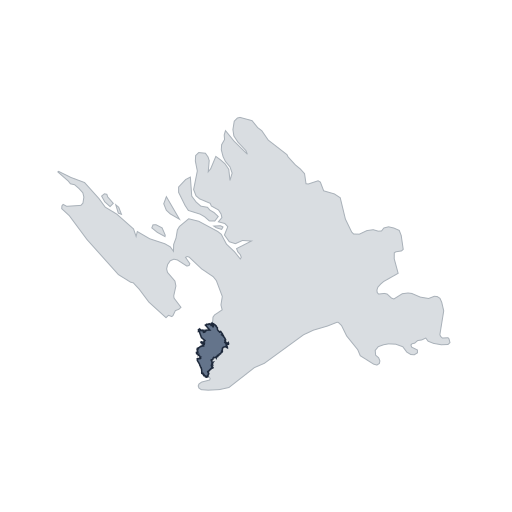 Maulvibazar, Sylhet, Bangladesh (highlighted), rotated 145°
{"feature_id": "16705992B62450131352427", "entity_name": "Maulvibazar", "entity_type": "district", "adm_level": 2, "iso_a3": "BGD", "parent_name": "Bangladesh", "parent_adm1": "Sylhet", "projection": "albers", "projection_center": [91.87, 24.487], "detail": "fine", "context": "in_parent", "style": "filled", "palette": "slate", "viewbox_px": 512, "rotation_deg": 145, "n_neighbors": 0, "source": "geoboundaries", "source_scale": "gbopen_adm2", "svg_char_len": 9249}
<svg xmlns="http://www.w3.org/2000/svg" viewBox="0 0 512 512"><g transform="rotate(145 256 256)"><path d="M179.4,355.3L179.5,343.9L172.5,321.3L172.9,318.9L171.5,308.0L169.8,302.0L169.0,295.6L173.6,286.5L171.9,285.0L162.0,282.0L160.9,279.6L163.2,270.6L156.2,261.9L153.6,255.4L161.6,235.0L163.9,220.7L163.4,218.0L158.8,214.6L150.6,213.2L144.9,210.3L141.6,206.2L138.8,204.5L135.2,205.6L130.7,203.9L127.0,199.8L124.0,194.8L125.3,189.5L131.6,177.0L133.9,176.7L139.0,179.2L140.9,179.3L144.4,174.4L149.5,160.3L166.0,161.9L170.0,161.5L174.2,160.5L176.5,158.7L177.7,156.5L177.4,154.5L172.3,151.7L170.4,149.6L169.2,143.9L167.7,141.7L157.8,141.2L152.7,138.5L149.9,136.0L145.0,128.1L139.0,122.2L133.0,120.7L130.8,118.8L129.6,115.8L130.4,111.6L133.7,103.4L150.5,86.1L150.9,84.2L150.4,81.9L145.6,78.9L145.4,77.5L146.8,73.8L149.5,73.4L155.1,77.0L160.7,82.6L163.9,87.5L164.0,91.4L168.4,92.2L172.1,94.0L176.0,93.6L178.4,94.6L180.1,94.3L180.8,92.1L177.7,86.4L179.3,84.1L183.0,84.3L185.7,86.5L187.6,90.8L187.8,97.5L192.1,103.6L197.8,108.0L202.3,110.1L207.8,111.6L212.5,110.3L214.9,106.1L213.9,102.3L214.7,99.0L216.6,97.2L219.5,97.3L221.7,100.0L227.8,114.5L226.4,120.9L227.6,138.5L225.8,150.0L226.7,154.5L227.8,155.3L237.5,157.6L251.4,162.3L262.1,164.2L310.7,163.3L321.3,165.5L353.6,163.8L362.5,167.5L372.1,173.5L377.5,177.9L378.5,180.5L377.9,182.7L376.1,183.9L372.8,183.9L365.1,181.0L363.8,181.9L363.8,188.8L357.6,206.2L356.7,211.6L354.5,213.8L348.1,214.9L343.8,225.0L342.1,226.3L337.8,224.0L335.2,224.4L331.9,225.3L328.6,227.7L326.3,230.6L323.7,231.5L314.6,231.3L312.8,236.0L306.8,242.2L302.6,258.5L302.9,263.5L307.9,276.5L311.4,293.4L312.7,295.1L314.5,295.3L314.6,287.6L316.3,286.6L318.4,287.4L322.7,297.9L325.1,300.5L329.0,301.3L333.3,299.7L336.6,296.7L337.9,293.4L336.8,282.0L338.8,277.4L346.3,270.5L347.3,268.4L346.9,257.0L349.7,256.6L353.4,257.5L358.2,254.8L359.7,254.7L361.7,257.6L365.1,257.1L370.2,279.7L370.7,295.6L371.9,304.4L373.7,306.4L379.4,319.7L385.0,366.4L385.8,396.1L388.0,406.2L386.2,408.4L384.4,408.9L382.6,405.3L370.4,397.9L367.4,398.6L363.2,403.0L361.6,407.1L362.3,412.8L363.7,418.4L366.6,421.6L366.8,425.1L370.1,438.5L369.2,438.6L362.5,426.4L354.3,414.5L351.7,393.1L351.5,382.5L346.0,370.1L340.8,348.4L343.0,340.8L339.2,344.1L333.2,331.1L323.7,318.4L321.0,312.7L320.9,307.2L316.8,312.7L311.2,316.6L305.5,322.4L301.8,324.1L289.8,325.1L283.0,317.3L273.3,298.1L272.0,293.8L273.4,282.6L271.2,271.9L270.6,262.6L268.8,263.4L268.1,266.0L268.5,269.9L267.7,273.2L251.2,270.9L258.2,276.5L265.8,277.9L269.7,283.0L269.8,291.3L262.3,296.2L262.9,300.5L267.2,305.6L261.9,307.0L260.5,310.4L260.3,315.2L263.9,322.6L263.3,325.4L269.4,335.1L270.6,339.7L269.0,346.2L255.3,359.3L251.2,368.6L247.8,372.9L243.6,373.6L238.5,369.2L238.5,364.6L239.6,361.0L246.8,352.4L243.0,353.5L231.8,360.6L229.8,354.7L228.5,349.2L228.6,342.6L234.0,332.8L228.0,337.6L226.2,343.8L226.8,351.1L226.0,356.2L223.5,362.9L220.3,366.9L215.0,369.4L212.6,373.4L209.1,376.2L208.1,362.7L204.7,344.3L203.8,348.2L205.5,359.6L205.3,367.0L202.4,372.8L196.5,378.9L192.1,379.7L189.6,378.7L181.6,369.1L181.0,360.2L179.4,355.3ZM279.8,356.9L269.7,359.0L264.5,358.3L274.3,341.9L274.1,334.6L272.6,328.5L267.8,323.7L267.5,320.2L265.4,315.5L264.3,310.0L269.7,308.3L274.1,311.5L275.6,317.7L277.8,322.4L285.3,332.1L285.1,338.1L282.9,352.5L279.8,356.9ZM301.6,351.7L295.4,356.0L297.6,330.0L302.1,339.7L303.2,344.9L301.6,351.7ZM325.2,338.8L322.5,340.6L320.0,339.0L316.8,332.9L318.4,325.2L319.4,324.1L323.3,332.0L325.2,338.8ZM348.1,393.6L344.5,393.9L342.8,392.1L343.6,389.5L342.7,381.0L347.2,380.2L348.8,387.2L348.1,393.6ZM344.2,370.1L341.5,378.4L340.5,374.7L342.3,367.3L344.2,370.1ZM272.4,302.0L273.4,304.7L267.8,301.2L266.4,298.7L268.9,297.5L272.4,302.0Z" fill="#d9dde1" stroke="#a8b0b8" stroke-width="1"/><path d="M330.6,226.3L330.6,226.0L331.2,226.2L331.4,225.4L331.3,225.1L331.0,225.0L331.1,224.5L331.0,224.1L330.7,223.7L330.8,223.6L330.7,223.5L330.8,223.4L330.9,223.5L331.0,223.5L331.3,222.9L331.6,222.9L331.7,222.6L331.9,222.7L331.8,224.0L332.2,224.6L332.4,224.7L332.3,224.8L332.4,225.1L332.5,225.1L332.6,225.4L332.5,225.5L332.6,226.2L332.7,226.3L332.8,226.8L333.1,226.9L333.0,227.1L333.4,227.2L333.5,227.0L333.9,227.0L334.0,227.6L334.9,227.7L335.3,228.3L335.8,228.1L336.0,228.4L336.3,228.3L337.1,228.4L336.3,221.8L338.9,223.5L339.8,223.4L339.8,223.5L340.0,223.6L340.1,224.0L340.4,224.1L340.6,224.1L340.9,223.8L341.1,223.9L341.2,223.6L341.6,223.5L341.5,223.1L341.9,223.1L342.1,223.2L341.9,223.3L342.2,223.4L342.0,223.6L342.3,223.7L342.6,223.9L342.5,224.0L342.3,223.9L342.4,224.2L342.2,224.2L342.2,224.5L341.8,224.6L342.1,225.1L342.0,225.3L342.2,225.7L342.3,225.8L342.5,225.7L342.8,225.9L343.2,226.0L343.4,226.1L343.7,226.3L343.6,226.5L343.8,226.6L343.6,226.7L343.6,227.0L343.8,227.1L343.8,227.4L343.7,227.5L343.9,227.7L343.9,228.1L344.3,228.3L344.3,228.6L344.5,228.5L344.9,228.5L345.3,228.7L345.5,228.6L345.5,228.2L345.8,227.9L345.7,227.8L345.9,227.7L346.0,227.6L345.9,227.6L345.9,227.1L346.0,226.8L345.8,226.7L347.5,220.4L346.3,216.1L346.6,216.1L347.0,215.8L347.3,215.7L347.5,215.8L347.6,215.4L347.8,215.4L347.8,215.2L348.0,215.2L348.4,214.9L348.8,215.3L349.1,215.3L348.9,215.5L349.2,215.7L349.3,216.3L349.6,216.7L349.8,216.6L349.9,216.9L350.0,217.0L350.3,216.9L350.6,217.0L350.7,216.0L349.6,214.8L349.7,214.6L349.8,214.7L350.0,214.6L349.6,214.2L349.6,213.9L349.4,214.0L349.1,213.7L349.3,213.6L349.3,213.4L349.0,213.4L349.3,213.1L349.8,213.3L350.0,213.6L350.2,213.2L350.4,212.9L350.6,212.9L350.7,212.5L351.1,212.9L351.1,213.2L351.3,213.3L352.0,213.0L352.3,213.2L352.4,213.4L352.9,213.4L353.1,213.6L353.3,213.6L353.6,213.6L355.7,213.7L356.0,213.9L356.4,213.8L356.4,213.6L356.6,213.7L356.6,213.4L356.7,213.2L357.2,213.4L357.3,213.3L357.6,213.4L357.6,213.2L357.8,213.3L357.9,213.1L357.7,212.8L357.9,212.4L358.1,212.3L358.1,212.0L358.4,211.7L358.6,211.7L358.5,211.2L358.7,210.9L358.7,210.6L359.1,210.7L359.3,210.8L359.6,210.5L360.2,211.0L360.5,210.4L360.3,210.4L360.4,210.0L360.2,209.6L360.3,209.6L360.3,209.3L360.1,209.1L360.1,208.8L360.1,208.4L359.9,208.4L360.0,208.2L359.9,208.0L359.7,208.0L359.9,207.8L359.7,207.8L359.7,207.6L359.8,207.5L359.6,207.0L359.6,206.7L359.5,206.4L359.5,206.2L359.5,205.9L359.6,205.7L359.9,205.4L359.6,205.1L359.8,205.1L359.9,204.9L359.7,204.7L359.9,204.5L359.7,204.4L359.9,204.4L360.0,204.0L360.3,204.0L360.3,203.9L360.5,203.9L360.9,204.2L360.9,204.4L361.4,204.4L361.6,204.7L361.9,204.7L362.1,205.1L362.3,205.1L362.4,205.4L363.0,205.6L364.0,204.0L364.3,199.7L364.7,198.9L364.7,198.0L365.1,197.0L365.1,196.5L364.9,196.1L365.4,195.4L365.5,195.0L365.4,194.8L365.4,194.7L365.6,194.5L365.7,194.1L366.1,193.6L366.6,192.6L367.2,191.9L367.7,191.0L366.9,190.6L366.7,190.4L367.3,189.4L366.8,189.1L367.0,188.8L366.9,188.6L367.1,188.6L367.3,188.0L367.3,187.7L366.9,187.6L366.7,187.2L366.4,187.0L366.6,186.4L366.4,186.1L366.6,186.0L366.4,185.7L366.4,185.3L366.2,185.1L365.2,185.0L365.2,184.9L365.0,184.7L364.8,185.0L364.4,185.1L364.7,185.5L364.7,185.8L364.1,185.8L363.0,186.2L362.9,186.7L362.5,186.9L362.4,186.6L362.2,186.6L361.9,187.1L361.9,187.7L362.1,188.4L361.9,189.0L361.1,189.0L361.0,188.7L360.8,188.7L360.1,189.0L360.1,188.9L359.8,188.9L359.4,189.2L359.0,189.1L358.7,189.3L358.1,189.5L357.7,189.2L356.9,189.7L356.5,189.8L356.2,189.6L356.1,189.2L355.3,189.1L355.2,190.2L355.6,190.4L355.6,191.3L355.3,191.5L355.4,191.8L355.2,192.2L354.5,192.2L354.4,191.6L354.1,191.5L354.2,192.7L353.6,193.5L353.3,193.3L353.1,193.3L353.2,193.1L353.1,192.9L352.6,193.4L352.3,193.5L352.7,193.6L352.6,193.8L352.9,194.1L352.7,194.5L352.7,195.6L352.5,196.3L352.0,196.3L351.8,196.2L351.8,196.4L351.4,196.2L350.6,196.1L350.4,196.4L350.0,196.7L349.9,196.8L349.6,196.9L349.3,197.1L348.9,197.2L348.8,196.7L347.8,196.5L347.6,196.2L347.4,196.3L347.1,196.1L346.9,196.0L346.9,195.7L346.6,196.2L346.4,196.3L345.7,196.1L345.8,195.7L345.3,195.6L345.3,196.3L344.6,196.7L344.3,196.0L343.8,196.1L343.2,196.0L343.0,196.5L342.1,196.8L341.7,196.3L341.1,196.2L339.4,197.2L339.1,196.7L338.5,196.9L338.2,197.2L338.4,197.9L337.8,198.0L337.8,198.3L336.8,199.0L336.5,199.7L335.9,199.7L335.2,200.0L332.9,199.3L332.8,199.1L332.8,198.6L332.3,197.6L332.2,197.9L332.0,197.7L331.9,197.9L331.8,197.7L331.7,197.9L331.6,198.5L331.9,199.1L331.7,199.4L331.5,200.1L331.1,199.8L330.5,199.8L330.2,200.0L329.9,199.9L329.8,200.0L330.1,200.2L329.8,200.3L329.7,200.2L329.7,199.9L329.2,199.5L328.7,200.0L328.5,200.6L329.3,200.2L329.7,200.4L329.7,200.6L329.4,201.0L329.8,201.0L330.0,201.8L330.5,201.7L330.4,202.3L330.6,202.3L330.7,202.6L330.8,202.8L331.0,202.7L331.0,202.8L331.1,203.0L330.7,203.1L330.8,203.2L330.6,203.3L330.2,203.0L330.0,203.5L330.3,203.6L330.2,204.1L329.9,204.1L330.0,204.6L329.6,204.8L329.2,204.8L329.3,205.0L328.8,205.8L328.9,206.0L328.7,206.3L328.7,206.5L328.6,207.1L328.8,208.2L328.6,208.5L328.6,208.9L328.4,209.5L328.6,209.8L328.8,209.6L329.0,209.7L329.1,210.1L328.9,210.3L329.1,210.4L329.0,210.8L329.2,211.1L328.2,211.1L328.2,214.5L329.1,214.6L329.1,214.3L329.4,214.4L329.2,214.6L329.3,215.2L329.7,215.6L329.8,216.2L329.8,217.7L329.4,218.6L328.8,219.3L328.9,219.8L328.9,220.7L329.1,221.1L329.0,221.3L328.8,221.3L328.7,221.5L329.0,222.2L328.9,222.7L329.1,222.9L329.4,224.0L329.6,224.1L329.8,224.5L329.7,224.8L330.1,224.9L330.1,225.3L330.3,225.5L330.3,226.2L330.6,226.3Z" fill="#64748b" stroke="#1e293b" stroke-width="1.5"/></g></svg>